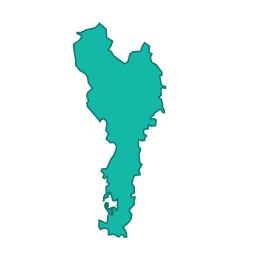 Shakhrisabz, Kashkadarya, Uzbekistan, rotated 262°
{"feature_id": "79887680B91386955898676", "entity_name": "Shakhrisabz", "entity_type": "district", "adm_level": 2, "iso_a3": "UZB", "parent_name": "Uzbekistan", "parent_adm1": "Kashkadarya", "projection": "natural_earth1", "projection_center": [67.01, 38.95], "detail": "fine", "context": "isolated", "style": "filled", "palette": "teal", "viewbox_px": 256, "rotation_deg": 262, "n_neighbors": 0, "source": "geoboundaries", "source_scale": "gbopen_adm2", "svg_char_len": 3380}
<svg xmlns="http://www.w3.org/2000/svg" viewBox="0 0 256 256"><g transform="rotate(262 128 128)"><path d="M63.1,94.6L62.7,94.4L62.6,94.7L61.7,94.6L61.6,94.1L59.2,93.6L59.2,94.0L59.6,94.1L61.3,94.5L62.0,95.9L62.3,96.7L62.0,96.7L61.9,96.7L62.1,97.6L62.2,97.9L62.2,98.0L62.2,98.6L62.9,98.6L63.7,98.8L63.9,98.8L65.0,99.3L65.6,99.5L65.8,99.7L66.1,99.7L66.8,99.7L67.1,99.9L67.1,100.1L66.8,100.2L65.2,100.5L65.6,100.9L65.6,101.5L65.9,101.7L65.9,101.9L65.9,102.0L64.2,102.0L63.8,102.2L63.4,102.0L63.0,102.0L62.4,102.4L62.1,102.6L61.7,102.6L61.5,102.4L61.1,102.5L60.2,102.6L60.0,102.8L59.4,102.9L59.0,102.7L58.7,102.7L58.5,102.8L58.3,103.3L57.9,104.0L58.1,105.1L58.0,105.6L57.8,105.6L57.8,106.2L58.5,106.4L58.6,107.4L59.1,107.5L59.0,108.0L57.5,107.8L57.3,107.8L56.9,107.5L54.3,107.2L53.7,106.7L52.7,106.7L50.9,106.6L50.3,106.4L49.8,106.3L49.5,106.5L48.8,106.1L48.8,105.5L47.8,105.1L47.8,104.8L48.1,104.9L49.0,105.0L49.7,104.6L49.7,104.2L50.5,104.0L51.2,104.1L51.5,102.0L50.2,101.6L50.2,101.4L49.7,101.3L48.0,101.2L47.8,101.3L44.3,101.1L44.3,100.4L43.9,99.6L44.2,99.4L45.2,99.1L45.2,99.3L45.2,99.9L45.3,100.0L46.2,100.0L46.4,100.2L46.9,100.3L47.7,100.5L47.7,99.9L48.3,100.0L49.7,100.4L51.1,100.6L50.8,100.2L50.9,99.9L51.1,99.5L51.0,99.3L50.9,99.0L50.4,98.9L49.9,98.4L49.8,97.8L50.0,97.6L50.3,97.4L53.0,96.7L53.1,96.8L53.4,96.8L53.6,97.6L56.2,97.7L56.3,97.4L56.8,97.4L56.8,96.5L56.9,95.4L56.4,95.5L55.7,95.4L55.5,94.5L55.0,94.5L55.0,95.0L54.8,95.0L54.6,96.0L53.4,96.4L53.2,95.6L53.4,94.2L51.8,94.6L46.5,97.4L42.7,95.6L37.3,94.4L36.7,92.9L38.7,90.0L40.8,86.6L34.3,85.4L31.3,86.6L32.3,89.5L31.4,93.6L28.8,94.4L24.9,93.8L24.7,100.0L22.0,102.4L21.5,104.3L23.6,106.0L22.9,107.8L20.4,109.2L20.3,111.5L24.1,111.8L26.7,111.1L29.0,110.3L30.6,109.2L33.2,113.9L36.9,118.0L42.0,119.7L46.1,117.4L51.6,123.5L54.5,123.8L58.7,125.4L59.2,121.5L61.7,122.0L63.0,125.3L69.0,125.9L72.2,124.0L77.1,125.9L80.2,128.0L80.0,133.5L85.0,133.0L90.0,136.7L91.9,134.8L100.6,135.2L105.3,137.6L108.7,135.7L115.4,136.8L113.5,139.6L113.4,142.9L115.4,142.8L117.6,145.3L120.6,142.5L124.6,143.7L124.3,147.7L128.1,148.7L126.6,151.5L126.5,155.5L131.9,157.0L133.5,155.5L133.6,151.7L135.4,151.8L137.3,155.4L139.3,156.3L140.8,159.7L142.0,161.9L141.6,163.5L138.6,164.5L138.1,166.3L141.5,166.1L144.0,164.9L146.6,165.6L151.6,164.9L154.3,162.6L155.8,165.5L162.1,165.9L163.2,167.0L162.2,170.8L163.5,171.0L165.9,167.1L175.1,166.5L175.7,169.0L178.8,169.1L186.5,164.9L189.8,160.6L194.7,159.9L197.8,162.0L200.3,159.4L205.9,160.7L210.1,156.4L207.0,153.5L202.1,151.1L202.8,143.6L201.1,140.4L193.6,137.1L191.9,133.5L197.4,127.9L202.1,123.4L205.7,122.2L208.2,119.4L211.5,122.4L216.1,124.8L220.6,119.4L228.8,120.1L235.7,114.2L235.1,114.0L232.6,110.7L231.7,109.2L231.0,100.4L229.8,96.9L229.1,95.0L229.6,90.8L228.3,91.0L226.2,94.7L223.5,94.1L221.1,91.1L218.5,85.7L211.6,85.4L203.1,85.7L197.4,85.0L191.7,88.4L187.7,93.4L184.0,95.1L178.3,95.1L172.2,98.3L168.8,93.1L165.6,91.6L160.0,92.8L158.5,90.7L154.3,91.1L151.6,92.9L144.4,97.6L138.2,101.4L139.8,102.1L140.7,105.4L137.2,107.8L133.5,107.4L128.6,105.7L124.9,108.1L123.2,106.6L119.9,104.9L118.1,106.9L116.0,108.1L115.7,112.0L111.7,114.3L107.9,113.0L102.9,110.1L99.7,106.9L96.0,104.6L90.7,101.3L91.0,96.4L89.1,95.5L85.4,98.1L82.5,96.1L81.2,97.5L83.0,100.8L80.1,100.3L77.0,99.6L75.7,101.9L74.2,100.9L72.9,98.1L65.6,97.4L64.9,95.5L63.1,94.6Z" fill="#14b8a6" stroke="#0f766e" stroke-width="1.5"/></g></svg>